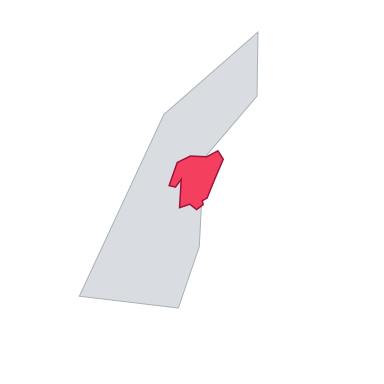 Grand'Anse on a map of Seychelles (Equal Earth projection), rotated 230°
{"feature_id": "SYC-5210", "entity_name": "Grand'Anse", "entity_type": "state/province", "adm_level": 1, "iso_a3": "SYC", "parent_name": "Seychelles", "parent_adm1": "", "projection": "equal_earth", "projection_center": [55.469, -4.682], "detail": "fine", "context": "in_parent", "style": "filled", "palette": "rose", "viewbox_px": 384, "rotation_deg": 230, "n_neighbors": 0, "source": "natural_earth", "source_scale": "10m", "svg_char_len": 520}
<svg xmlns="http://www.w3.org/2000/svg" viewBox="0 0 384 384"><g transform="rotate(230 192 192)"><path d="M269.5,220.3L272.1,345.3L223.7,303.5L210.1,222.6L145.4,162.4L111.9,106.9L184.6,38.7L269.5,220.3Z" fill="#d9dde1" stroke="#a8b0b8" stroke-width="1"/><path d="M206.9,238.3L197.0,237.0L187.1,217.4L177.7,199.7L178.7,194.3L175.2,192.5L175.6,184.2L184.0,182.5L188.0,172.4L208.7,192.0L206.4,182.5L211.6,178.6L224.1,199.7L220.6,213.9L209.6,225.8L206.9,238.3Z" fill="#f43f5e" stroke="#9f1239" stroke-width="1.5"/></g></svg>